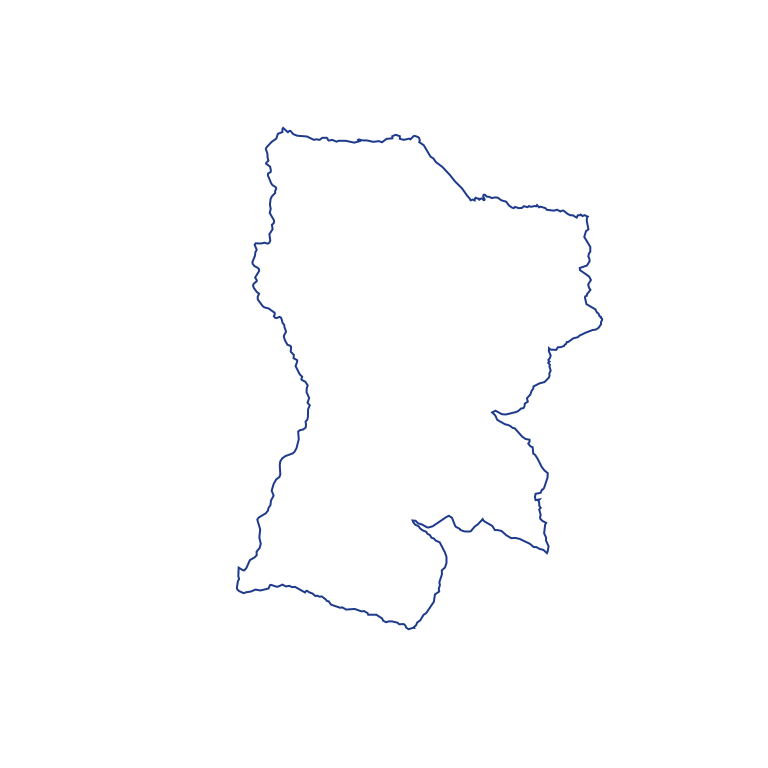 the district of Chaguarpamba, Loja, Ecuador, rotated 304°
{"feature_id": "8360857B56169079883124", "entity_name": "Chaguarpamba", "entity_type": "district", "adm_level": 2, "iso_a3": "ECU", "parent_name": "Ecuador", "parent_adm1": "Loja", "projection": "natural_earth1", "projection_center": [-79.675, -3.85], "detail": "fine", "context": "isolated", "style": "outline", "palette": "blue", "viewbox_px": 768, "rotation_deg": 304, "n_neighbors": 0, "source": "geoboundaries", "source_scale": "gbopen_adm2", "svg_char_len": 6166}
<svg xmlns="http://www.w3.org/2000/svg" viewBox="0 0 768 768"><g transform="rotate(304 384 384)"><path d="M598.3,258.5L597.1,254.3L594.0,252.3L592.4,253.6L588.6,249.0L583.3,247.2L582.5,244.0L578.7,239.6L576.5,233.9L573.9,229.9L572.6,226.3L571.8,226.0L571.5,227.9L567.5,224.4L564.2,216.3L560.2,210.3L558.4,209.2L557.4,204.5L555.0,202.2L555.0,201.0L556.0,199.8L556.1,198.8L553.6,195.2L550.4,194.1L549.0,191.0L547.2,189.3L546.1,181.7L541.3,173.2L540.4,169.1L541.5,165.0L541.0,164.1L539.0,163.5L539.9,157.2L538.6,157.2L536.0,158.9L532.1,156.1L527.2,157.5L521.7,155.4L514.6,154.3L512.7,154.6L509.8,158.5L506.7,160.8L504.5,163.3L502.1,162.7L500.7,163.0L500.5,168.0L497.9,170.7L496.3,171.5L493.7,170.2L492.0,171.1L487.2,178.4L486.5,180.4L486.6,184.3L485.6,185.5L483.1,185.8L481.4,187.0L476.8,186.1L473.8,186.6L468.8,189.2L465.9,192.1L461.9,193.6L458.3,201.0L457.2,202.1L455.4,202.6L453.4,202.0L450.0,205.1L444.1,205.2L439.3,209.5L436.9,209.9L435.3,209.1L434.4,206.0L431.9,203.7L428.8,198.9L427.1,198.9L424.1,203.4L421.0,203.8L418.3,205.3L411.6,206.7L410.3,207.7L409.3,210.5L409.7,214.3L409.3,216.1L407.8,217.3L400.2,217.6L399.0,220.3L398.1,221.0L394.1,219.9L392.3,220.4L390.8,222.5L389.2,227.0L389.0,229.9L385.5,230.6L383.5,232.1L380.7,240.0L380.6,241.8L382.1,246.1L381.9,253.5L380.7,254.5L378.7,254.7L378.0,256.4L378.6,258.1L381.3,259.9L381.3,261.8L377.8,266.0L377.3,268.1L375.2,270.0L372.7,273.5L368.2,274.0L367.1,274.6L364.9,277.4L362.5,282.0L363.2,284.4L362.9,286.2L358.6,288.6L357.7,293.0L354.8,294.6L355.2,298.5L354.4,299.4L349.4,300.7L344.9,308.7L344.3,312.1L342.0,312.7L341.4,313.5L341.9,317.5L340.2,321.5L337.1,322.4L333.9,324.4L330.5,329.8L325.7,331.1L324.8,334.4L320.6,335.2L314.2,339.3L311.4,340.4L309.1,340.0L306.2,342.4L304.0,343.4L300.9,342.3L299.0,340.3L296.6,339.4L290.6,344.2L281.7,347.4L277.5,347.7L275.4,347.1L269.0,342.5L265.4,341.2L261.8,341.3L258.5,342.9L251.1,348.6L248.4,349.3L244.6,348.0L239.4,348.4L232.8,350.5L229.7,354.9L224.1,355.5L220.1,357.6L216.7,357.6L214.0,358.6L210.7,358.3L203.2,354.8L200.7,354.8L194.3,362.6L187.0,366.5L182.6,371.2L178.4,372.6L173.8,372.1L170.8,374.2L167.9,373.7L163.0,371.3L154.5,372.8L151.3,372.4L150.7,371.0L150.5,366.2L143.2,370.7L141.3,372.9L138.7,373.2L132.6,376.1L131.6,377.4L131.3,379.7L132.1,384.6L134.3,386.2L137.5,389.7L141.7,392.4L143.8,397.1L149.9,402.6L153.6,402.0L154.3,402.6L155.8,408.1L156.8,409.5L160.9,412.0L161.3,415.9L163.7,418.3L164.2,421.4L166.1,423.8L167.0,435.1L168.9,435.2L169.5,435.8L169.5,438.8L170.3,441.8L169.8,445.6L171.1,446.9L171.7,449.7L173.1,451.2L172.8,456.3L172.2,458.1L172.9,459.7L171.5,463.3L171.7,464.4L174.0,472.8L175.5,474.4L175.8,478.7L181.1,485.5L182.9,492.5L184.6,494.4L184.9,498.4L183.9,499.9L188.4,506.6L188.6,513.5L187.3,515.7L187.5,517.8L187.7,519.0L190.0,520.8L191.7,523.5L193.7,528.7L193.3,530.9L196.0,534.6L195.7,536.8L194.4,538.9L194.5,541.6L198.1,544.3L198.7,545.5L199.4,544.8L201.9,545.5L204.7,544.9L208.3,546.2L214.8,545.9L217.7,547.1L231.4,547.1L238.0,543.9L242.8,545.8L244.9,543.9L248.5,542.8L250.7,540.7L258.5,538.5L261.9,536.1L265.9,537.2L270.5,535.9L275.6,532.5L278.5,528.6L283.9,518.7L283.1,514.4L283.8,511.7L283.1,509.5L284.4,506.5L284.1,503.6L285.1,501.8L284.3,498.0L284.4,494.8L285.4,492.3L284.8,488.6L285.8,485.4L286.8,484.0L288.3,486.7L287.5,490.1L288.8,494.1L289.2,499.8L290.0,501.2L293.4,504.0L308.7,510.1L311.0,511.5L311.1,515.2L306.1,522.4L305.8,523.8L306.3,527.8L305.7,528.8L306.7,533.0L309.1,536.9L310.5,538.3L316.4,538.9L320.2,540.3L327.2,541.4L326.3,543.1L326.3,545.1L326.9,553.1L324.9,557.6L326.3,559.6L327.9,563.6L327.0,569.8L327.3,575.7L329.7,578.7L331.4,582.9L333.1,594.2L332.5,599.3L334.0,601.5L334.3,605.3L335.6,608.8L334.9,613.7L336.8,613.3L341.5,611.2L344.8,605.8L347.2,604.4L349.8,600.2L357.4,596.3L359.5,596.1L359.1,591.9L359.6,589.0L361.1,587.7L363.0,587.2L366.8,582.8L369.0,583.1L369.9,580.8L372.6,578.8L373.5,577.3L375.3,577.5L372.5,574.6L374.6,572.4L377.7,571.1L381.4,574.7L384.7,574.0L385.4,574.7L387.5,574.8L397.9,571.9L401.7,569.6L402.0,565.6L403.3,561.4L408.0,553.0L409.7,549.0L409.8,546.6L414.7,542.6L414.2,540.2L415.3,536.9L417.8,536.9L419.2,535.8L417.6,532.2L417.6,528.1L420.4,517.2L419.5,515.1L419.8,512.2L419.3,509.4L418.3,507.0L417.6,498.0L420.2,493.7L420.9,489.5L424.2,491.4L424.9,498.7L426.9,502.1L434.3,508.9L436.4,510.3L440.4,511.4L442.0,513.1L443.8,513.0L446.5,511.7L449.8,513.1L452.1,510.5L457.1,511.2L461.0,510.2L463.8,510.3L465.6,509.3L471.4,512.5L475.4,516.0L481.5,517.1L483.5,516.6L485.1,515.2L488.3,514.7L490.9,511.5L492.6,510.9L493.4,508.3L495.2,508.7L495.4,507.3L496.2,506.7L497.8,507.1L500.8,506.3L503.3,502.4L505.9,500.8L505.6,502.7L508.6,507.7L511.7,507.6L513.4,509.9L516.2,512.0L517.6,511.8L519.0,512.5L521.1,512.1L521.6,513.1L527.7,515.4L531.3,518.6L533.2,518.9L539.7,522.7L545.3,526.7L547.6,529.2L550.6,530.5L555.0,530.5L556.6,529.3L559.2,529.0L560.1,528.1L560.2,526.6L560.9,526.3L560.8,524.7L562.2,522.6L562.5,520.2L564.1,517.5L563.4,507.2L568.2,502.1L569.3,501.9L570.6,502.8L571.8,502.1L577.5,502.5L578.4,500.2L580.7,497.6L585.9,497.4L587.8,494.0L588.0,482.9L589.6,481.4L595.7,486.0L600.9,485.8L602.6,484.3L604.1,482.0L607.0,480.9L608.9,481.1L613.0,478.4L617.9,467.8L623.6,466.0L626.5,467.0L632.6,460.9L635.0,459.4L636.7,459.4L636.1,455.8L634.2,454.7L634.5,452.3L633.3,451.9L632.2,450.3L629.7,450.7L629.4,446.0L628.1,444.2L627.7,441.1L628.1,435.9L627.0,434.4L625.6,433.7L625.3,430.1L622.8,428.0L619.5,421.7L620.0,419.3L618.6,414.7L617.2,413.8L617.9,410.8L616.4,410.8L615.8,409.4L613.1,406.8L612.5,404.6L610.9,404.2L609.6,400.5L607.1,399.9L605.1,397.3L604.1,393.6L602.3,393.2L601.8,391.3L601.9,387.5L603.5,383.4L601.9,378.5L602.1,374.2L600.8,371.7L598.4,369.4L598.0,366.6L596.8,364.4L597.3,362.2L597.0,361.1L596.0,360.8L594.9,361.4L593.3,364.2L592.6,364.3L592.1,363.8L592.6,362.2L592.3,360.9L590.1,359.9L590.7,358.8L590.0,357.9L589.8,356.0L588.5,355.7L586.9,356.5L586.5,354.4L584.7,353.1L585.7,351.3L586.4,348.3L589.8,339.3L591.7,329.4L594.2,321.5L596.6,311.0L597.0,302.8L598.6,298.8L598.5,295.4L604.2,283.4L604.2,278.0L606.1,277.4L607.6,275.4L607.8,274.2L606.9,270.7L606.1,270.0L601.5,269.0L601.5,267.7L597.5,263.9L596.1,260.1L598.3,258.5Z" fill="none" stroke="#1e3a8a" stroke-width="2"/></g></svg>